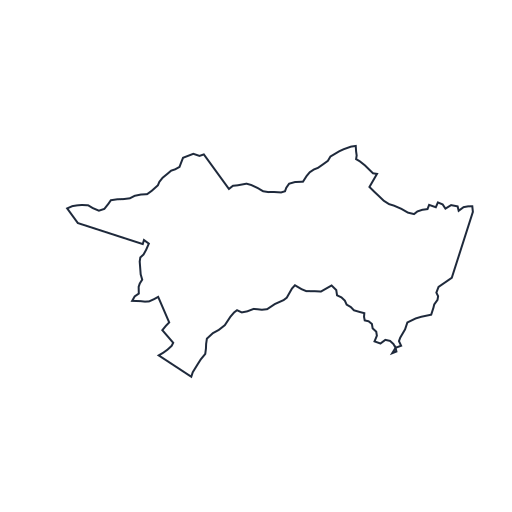 Santa Tereza do Oeste, Paraná, Brazil, rotated 287°
{"feature_id": "56859067B16251398457668", "entity_name": "Santa Tereza do Oeste", "entity_type": "district", "adm_level": 2, "iso_a3": "BRA", "parent_name": "Brazil", "parent_adm1": "Paraná", "projection": "albers", "projection_center": [-53.611, -25.02], "detail": "fine", "context": "isolated", "style": "outline", "palette": "slate", "viewbox_px": 512, "rotation_deg": 287, "n_neighbors": 0, "source": "geoboundaries", "source_scale": "gbopen_adm2", "svg_char_len": 2424}
<svg xmlns="http://www.w3.org/2000/svg" viewBox="0 0 512 512"><g transform="rotate(287 256 256)"><path d="M246.3,61.5L235.4,76.0L234.6,124.6L234.3,144.2L238.5,144.2L236.5,149.9L229.7,149.1L224.5,148.0L220.8,145.8L216.7,146.4L204.7,151.1L200.1,154.1L195.8,152.9L192.2,152.8L185.8,154.9L181.9,151.8L176.9,150.7L179.1,158.9L179.9,163.2L181.3,167.0L184.9,171.1L188.3,174.4L167.1,192.4L163.0,190.3L157.7,188.1L148.8,202.2L145.4,201.6L140.5,198.7L136.4,195.6L132.5,192.0L121.6,229.4L126.4,229.5L135.2,231.8L141.0,233.4L147.5,236.1L152.8,235.2L157.4,234.0L162.6,233.2L169.6,237.3L174.4,242.0L180.7,246.4L190.5,249.3L195.7,251.6L198.6,253.7L197.9,258.9L200.5,263.8L204.7,269.2L205.6,273.4L206.3,277.3L208.4,282.2L215.6,288.1L221.9,295.3L225.1,297.6L235.4,299.9L239.4,301.8L237.6,309.3L237.1,314.3L239.7,323.2L241.0,328.5L244.3,331.6L249.9,336.9L246.9,342.7L242.1,345.0L241.4,349.8L239.3,354.0L236.0,356.9L234.9,361.6L232.7,365.5L232.8,371.9L233.0,376.3L229.4,377.1L226.2,378.8L226.5,382.8L224.9,386.7L220.9,388.7L218.8,393.1L215.1,394.9L209.0,394.3L208.7,400.6L213.6,404.2L214.0,409.0L212.0,413.2L209.0,416.3L212.6,421.0L216.4,417.6L220.1,417.8L223.5,418.6L229.4,420.0L236.7,420.2L243.0,427.0L246.2,431.8L251.1,440.7L258.4,440.8L261.8,440.6L267.1,442.4L270.8,441.9L273.7,439.2L279.8,439.6L292.4,449.6L361.6,450.5L366.8,448.3L365.5,444.3L363.4,440.2L358.5,436.6L362.4,434.3L361.7,427.7L356.7,423.3L359.9,419.4L360.4,414.3L355.2,413.7L355.5,406.6L351.0,406.3L348.8,401.5L345.8,397.3L342.3,394.9L341.9,388.6L343.6,381.2L344.5,373.2L344.5,368.1L346.2,362.0L349.5,355.5L352.1,350.2L355.2,344.3L369.9,347.7L369.3,343.7L374.5,333.7L376.9,327.6L377.9,323.4L381.5,322.9L385.4,321.1L390.4,319.2L388.4,314.9L383.8,308.7L380.6,305.1L372.9,298.1L368.0,296.9L363.4,293.4L358.4,289.5L355.7,286.1L351.8,282.9L347.3,281.0L340.8,279.2L338.1,271.6L334.8,266.5L330.1,265.0L326.4,264.8L324.1,261.4L322.4,254.2L320.7,248.9L320.0,243.8L321.5,237.7L322.5,230.7L322.4,225.8L318.2,217.7L316.4,213.4L312.2,210.5L337.9,176.4L335.2,172.7L335.4,166.2L328.6,157.5L323.4,157.1L318.8,156.8L315.2,153.3L312.8,149.9L308.9,147.4L303.5,143.8L298.7,141.9L294.9,141.5L287.8,137.2L283.3,133.8L281.1,127.9L278.1,122.4L274.3,118.5L271.7,112.7L269.7,106.8L266.9,100.9L262.8,99.6L256.7,97.2L253.4,92.5L254.1,85.9L255.4,80.7L253.9,74.6L252.1,70.1L250.0,65.8L246.3,61.5ZM209.0,416.3L202.9,414.7L205.7,418.2L209.0,416.3Z" fill="none" stroke="#1e293b" stroke-width="2"/></g></svg>